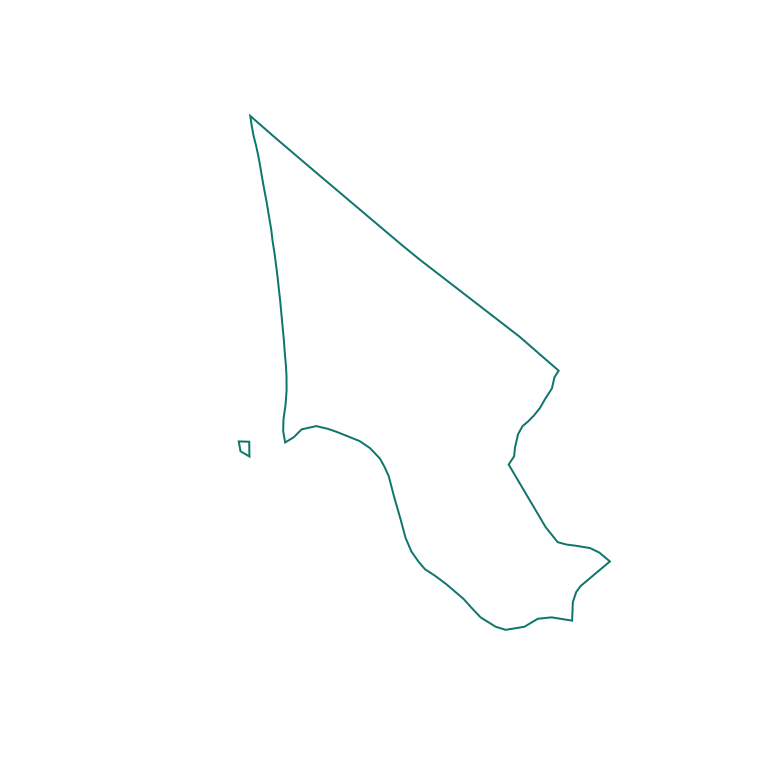 the district of Balneário Barra do Sul, Santa Catarina, Brazil, rotated 150°
{"feature_id": "56859067B13667370892418", "entity_name": "Balneário Barra do Sul", "entity_type": "district", "adm_level": 2, "iso_a3": "BRA", "parent_name": "Brazil", "parent_adm1": "Santa Catarina", "projection": "equal_earth", "projection_center": [-48.641, -26.454], "detail": "fine", "context": "isolated", "style": "outline", "palette": "teal", "viewbox_px": 768, "rotation_deg": 150, "n_neighbors": 0, "source": "geoboundaries", "source_scale": "gbopen_adm2", "svg_char_len": 1233}
<svg xmlns="http://www.w3.org/2000/svg" viewBox="0 0 768 768"><g transform="rotate(150 384 384)"><path d="M365.8,683.0L369.2,674.4L372.6,665.0L375.9,653.4L379.0,643.8L383.4,631.6L386.8,622.6L390.6,612.0L394.4,601.0L399.7,586.9L404.8,573.2L408.7,564.3L413.6,551.6L419.5,537.4L422.9,529.4L427.6,518.8L432.1,508.4L435.8,500.4L443.0,484.7L448.3,473.1L453.9,461.5L459.9,448.7L464.1,440.3L471.6,427.1L479.4,415.6L488.9,403.4L494.9,393.6L498.8,382.8L488.9,383.0L477.9,385.9L463.7,381.4L455.0,373.2L449.0,366.3L433.6,346.7L428.2,335.5L424.8,321.4L425.0,311.9L426.0,301.7L431.7,281.1L437.3,258.5L442.3,239.9L444.0,225.2L443.0,213.2L441.1,203.0L435.5,192.0L430.1,179.4L422.6,158.2L420.0,146.0L417.0,133.5L408.7,118.0L401.6,110.3L383.9,103.6L368.3,103.8L355.5,98.1L339.4,85.0L329.5,100.7L321.6,107.7L314.9,110.7L277.1,117.4L281.8,130.3L287.7,139.0L299.5,148.6L306.2,153.7L312.7,160.2L315.6,179.4L316.3,251.9L307.4,256.4L302.4,263.4L293.0,273.5L285.2,278.2L278.0,279.5L270.1,281.7L261.0,285.2L251.6,290.7L240.8,296.2L232.9,304.7L226.1,308.2L243.0,357.3L290.8,473.7L298.8,494.7L335.6,596.9L354.4,649.7L360.8,668.3L365.8,683.0ZM541.9,397.5L536.8,388.5L529.6,401.4L538.5,406.9L541.9,397.5Z" fill="none" stroke="#0f766e" stroke-width="2"/></g></svg>